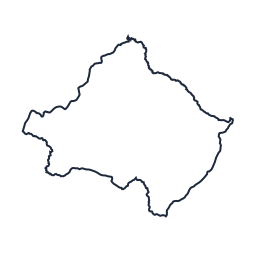 the district of Pajarito, Boyacá, Colombia, rotated 175°
{"feature_id": "7082276B9160277643653", "entity_name": "Pajarito", "entity_type": "district", "adm_level": 2, "iso_a3": "COL", "parent_name": "Colombia", "parent_adm1": "Boyacá", "projection": "albers", "projection_center": [-72.701, 5.38], "detail": "fine", "context": "isolated", "style": "outline", "palette": "slate", "viewbox_px": 256, "rotation_deg": 175, "n_neighbors": 0, "source": "geoboundaries", "source_scale": "gbopen_adm2", "svg_char_len": 5813}
<svg xmlns="http://www.w3.org/2000/svg" viewBox="0 0 256 256"><g transform="rotate(175 128 128)"><path d="M148.3,80.4L148.1,79.1L148.4,77.9L149.1,76.8L149.0,76.1L148.6,75.6L147.0,73.6L144.9,72.1L142.2,69.8L141.0,69.2L139.6,68.9L139.3,67.7L138.7,67.5L138.1,67.5L136.4,68.4L134.5,70.2L133.5,70.3L133.1,70.5L133.0,71.5L132.6,72.6L131.9,73.4L129.8,74.2L127.9,75.4L126.1,76.0L124.5,77.6L124.4,77.0L123.3,75.3L122.8,75.2L121.7,75.4L120.4,75.1L119.3,74.4L118.9,73.2L118.6,72.9L117.1,72.6L117.0,71.1L116.5,70.0L115.8,69.0L115.4,66.7L114.9,66.4L114.2,66.5L113.9,66.3L113.9,65.1L113.5,63.3L113.1,62.4L115.2,60.3L115.2,59.6L114.8,58.9L113.6,57.7L113.3,57.1L113.4,55.7L113.2,53.8L113.9,52.7L113.5,51.6L114.1,50.3L114.2,49.6L114.1,49.0L113.2,47.5L113.4,46.7L114.2,45.1L114.1,43.8L113.0,42.9L111.8,42.9L111.2,42.6L110.9,40.9L109.3,39.3L108.6,39.2L107.4,39.7L106.7,39.7L103.6,37.7L101.0,38.2L97.9,37.2L97.8,36.9L97.2,37.5L96.7,39.1L96.6,41.7L96.3,42.8L94.3,45.0L92.9,47.3L91.9,48.4L90.4,49.3L89.9,50.2L89.4,50.7L88.4,51.1L86.0,51.1L84.3,50.9L83.0,51.2L80.8,52.4L79.3,52.9L78.1,53.6L77.4,54.1L76.3,55.6L74.7,56.9L73.7,58.3L72.3,61.0L70.8,62.8L69.9,63.3L67.4,64.1L65.9,65.4L61.9,67.5L59.8,68.9L56.1,72.2L53.3,75.1L52.9,76.8L52.5,77.5L52.1,77.7L50.7,77.7L48.4,79.5L47.0,81.7L44.4,86.7L42.7,91.0L39.9,95.5L38.6,96.7L38.1,97.4L37.5,100.2L37.4,101.0L37.0,102.1L37.2,103.7L37.8,105.0L37.0,108.2L37.1,109.0L38.4,111.7L37.7,114.4L37.3,114.8L37.0,115.0L34.3,115.1L32.5,115.5L31.1,116.1L30.2,117.6L28.5,119.0L27.9,120.3L27.0,121.3L26.3,122.4L25.6,122.9L23.8,123.7L22.9,126.4L22.9,127.5L23.4,127.8L24.3,127.8L25.4,129.7L25.2,127.8L26.1,126.1L27.5,125.1L28.3,125.3L31.4,127.3L32.4,127.6L34.6,127.6L35.9,128.0L37.0,128.0L37.3,128.4L37.2,128.7L37.3,129.3L40.3,131.3L40.9,132.2L43.9,132.8L44.6,133.3L45.7,133.8L46.9,135.0L47.1,135.6L47.5,135.7L48.4,135.7L50.2,137.4L51.0,137.8L51.4,138.5L52.4,139.2L52.8,139.8L54.0,140.2L54.5,142.9L55.0,143.5L55.3,144.7L56.2,145.1L56.8,146.4L56.5,147.6L56.5,148.2L58.1,149.4L59.1,149.7L59.7,150.5L59.8,151.3L59.4,152.2L59.9,154.0L60.4,154.3L60.5,154.6L61.2,155.2L61.3,155.7L61.9,156.1L62.1,156.9L63.4,158.1L64.4,158.7L64.7,159.2L65.4,159.9L65.7,160.9L66.7,161.5L66.2,162.6L67.6,164.9L68.5,165.3L68.8,166.2L69.4,166.5L70.1,166.4L70.8,167.0L71.0,167.2L71.0,167.8L71.7,168.3L71.8,169.1L72.2,169.6L73.0,170.0L73.5,170.7L74.5,171.1L74.7,170.9L76.2,170.9L76.4,171.5L77.3,171.9L78.5,172.2L79.8,172.1L80.3,172.7L80.9,172.8L81.6,174.6L82.6,175.4L83.1,176.2L83.7,176.4L84.1,177.3L85.1,177.3L85.7,177.7L87.0,177.9L87.3,178.1L87.9,179.1L88.8,179.1L89.0,179.5L89.3,179.6L90.0,179.6L90.8,179.9L92.0,180.0L92.9,180.8L93.8,180.9L95.4,180.2L96.0,180.2L96.8,180.4L98.0,180.3L98.7,181.0L98.9,181.4L98.5,182.4L98.7,182.8L99.6,183.2L99.6,183.9L99.8,184.2L100.3,184.4L100.8,184.5L101.8,185.5L101.5,186.1L102.0,186.6L101.7,187.8L102.4,188.6L102.4,189.7L102.2,190.2L102.7,191.0L102.4,191.6L103.4,192.3L103.8,193.4L104.1,193.8L104.3,194.7L105.0,195.2L104.7,195.9L104.7,196.4L103.9,197.7L104.4,198.5L104.0,199.7L104.6,200.7L104.1,201.0L103.4,202.1L103.1,202.9L103.0,204.7L103.5,205.2L103.2,205.7L103.3,206.1L103.4,206.3L104.9,206.6L105.3,206.9L105.5,208.0L105.0,208.8L105.9,209.7L106.6,211.7L107.7,212.8L108.5,212.6L109.4,212.7L110.4,212.3L111.5,212.7L112.9,213.5L113.3,214.3L113.8,214.8L113.7,215.0L113.0,215.1L113.1,215.6L114.3,215.7L115.0,216.4L115.8,216.3L116.7,217.2L117.2,217.0L117.7,215.7L118.2,216.6L119.8,218.3L120.0,219.1L121.0,217.5L120.7,217.0L120.6,216.5L120.1,216.4L119.8,216.0L119.6,214.7L119.8,214.0L122.1,214.0L123.1,213.5L124.7,213.3L127.6,212.3L127.7,211.9L128.1,211.3L128.6,211.3L129.7,211.8L130.3,211.8L133.4,208.7L133.9,207.8L134.4,206.5L136.2,204.5L140.0,203.2L141.5,203.3L142.2,203.1L145.1,202.1L145.5,202.2L147.0,201.8L148.0,201.3L148.4,200.9L148.6,200.2L148.6,199.2L148.2,197.0L148.7,195.5L149.2,195.2L150.8,195.4L152.7,195.1L153.7,195.2L155.6,194.9L157.6,193.0L158.8,192.6L159.6,191.8L161.1,189.5L161.0,188.7L162.0,184.5L162.5,182.7L163.6,180.2L164.1,177.8L168.6,174.6L169.8,173.9L171.8,173.5L173.1,172.8L174.0,172.1L173.3,165.5L173.6,164.8L175.8,161.8L177.0,160.4L179.2,159.7L180.3,159.6L181.5,159.8L182.3,159.6L183.1,159.0L186.3,154.5L188.1,152.7L188.6,152.4L189.3,152.3L189.7,152.5L190.3,153.2L192.0,154.6L193.1,155.2L194.8,155.4L197.4,155.1L198.6,154.6L200.4,153.5L202.3,151.8L204.4,150.3L205.2,150.3L206.8,151.0L207.4,150.9L208.3,151.6L209.0,151.7L210.6,150.6L210.6,149.6L211.2,148.4L211.2,147.8L212.0,146.9L212.3,146.9L213.1,147.0L213.9,148.8L215.1,150.1L216.5,150.7L217.3,150.7L217.8,150.9L218.6,152.1L220.8,153.5L221.8,153.6L222.5,153.4L224.1,151.4L226.4,146.3L228.1,144.1L230.0,141.9L233.1,133.8L232.2,133.1L231.3,131.6L230.0,130.7L229.3,130.8L227.7,131.7L227.2,131.6L226.7,130.9L225.1,130.6L224.1,129.7L223.1,128.2L222.8,128.1L221.7,128.2L221.1,127.7L220.2,127.7L217.6,125.4L216.4,125.0L214.8,125.5L214.4,125.4L214.2,125.2L213.7,123.5L213.3,123.2L212.1,123.4L211.7,123.3L210.1,121.0L210.4,119.6L210.1,117.7L208.0,116.6L206.6,115.1L206.4,113.9L205.5,112.8L205.5,111.8L205.4,111.6L206.8,110.6L207.6,111.0L207.7,109.3L207.4,107.6L207.8,107.3L208.8,107.1L209.3,106.7L209.2,104.8L209.7,103.8L210.3,103.5L210.5,103.0L210.4,102.3L210.0,100.8L210.3,99.9L209.7,99.4L209.9,98.5L210.5,97.3L211.0,97.0L212.2,96.9L212.9,95.8L213.6,95.5L213.7,95.2L213.0,94.7L212.8,94.2L213.4,93.2L212.7,92.4L212.7,91.7L213.1,91.1L212.5,90.7L211.3,90.7L210.9,89.8L209.7,89.5L209.5,88.7L208.8,88.8L208.0,87.8L206.6,87.4L206.0,87.5L205.0,88.2L203.7,88.5L202.3,87.4L200.1,86.9L199.1,85.8L196.7,85.6L195.2,86.1L193.8,87.1L192.8,87.5L191.2,88.3L189.8,89.6L189.0,91.3L187.9,92.3L186.9,92.9L185.5,92.9L183.7,92.4L181.8,92.3L180.0,91.2L178.2,91.7L176.9,91.8L173.3,90.4L170.5,90.0L168.7,89.4L164.6,87.5L162.5,86.2L159.8,84.1L157.9,83.2L154.5,82.6L151.8,81.5L149.0,80.9L148.3,80.4Z" fill="none" stroke="#1e293b" stroke-width="2"/></g></svg>